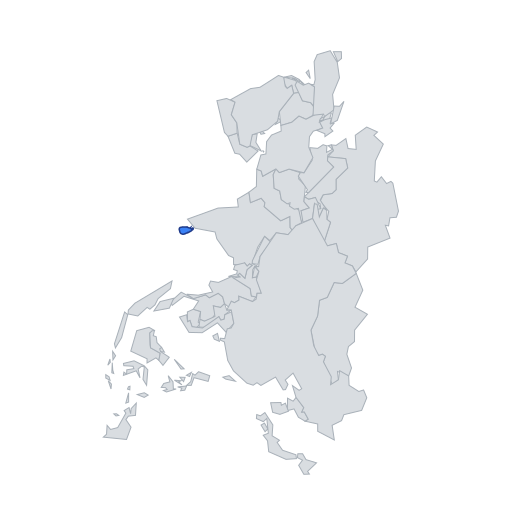 Sri Lanka on a map of Asia (Mercator projection), rotated 96°
{"feature_id": "LKA", "entity_name": "Sri Lanka", "entity_type": "country or territory", "adm_level": 0, "iso_a3": "LKA", "parent_name": "Asia", "parent_adm1": "", "projection": "mercator", "projection_center": [80.512, 7.881], "detail": "fine", "context": "in_parent", "style": "filled", "palette": "blue", "viewbox_px": 512, "rotation_deg": 96, "n_neighbors": 45, "source": "natural_earth", "source_scale": "50m", "svg_char_len": 13996}
<svg xmlns="http://www.w3.org/2000/svg" viewBox="0 0 512 512"><g transform="rotate(96 256 256)"><path d="M261.4,155.0L255.8,159.1L253.6,166.8L246.6,165.0L244.0,174.3L235.2,177.4L238.4,186.0L236.2,190.0L214.7,185.4L212.2,189.3L204.0,188.3L194.9,198.0L188.1,195.6L185.9,186.9L181.7,183.3L171.4,184.4L158.9,174.0L149.8,177.0L149.9,195.0L143.2,190.1L137.6,192.7L137.6,187.9L129.8,178.9L139.5,175.7L139.5,167.5L125.5,169.9L116.2,159.4L120.0,148.1L123.7,151.4L131.4,141.1L149.0,147.2L169.0,146.2L169.9,143.5L164.1,139.6L170.3,133.7L167.7,129.6L169.3,127.5L196.5,119.0L202.8,120.4L204.0,126.8L212.2,127.3L211.9,130.6L224.2,124.6L235.4,145.8L247.3,144.7L261.4,155.0Z" fill="#d9dde1" stroke="#a8b0b8" stroke-width="1"/><path d="M149.9,195.0L149.8,177.0L158.9,174.0L171.4,184.4L181.7,183.3L185.9,186.9L188.1,195.6L193.6,198.0L203.2,190.4L201.3,194.0L210.6,197.1L206.1,200.4L201.9,200.1L202.1,196.6L197.4,197.7L194.6,203.3L191.6,203.0L194.1,209.5L192.1,214.1L159.4,188.1L153.9,194.9L149.9,195.0Z" fill="#d9dde1" stroke="#a8b0b8" stroke-width="1"/><path d="M452.0,365.6L452.1,388.9L448.9,386.0L440.0,386.4L443.7,382.5L441.1,375.6L425.9,369.0L423.5,371.0L420.0,366.4L426.0,364.2L420.8,364.2L414.8,359.7L427.1,359.2L428.6,366.2L432.3,368.3L439.3,362.4L452.0,365.6ZM395.0,388.1L393.1,392.6L389.7,393.0L391.5,389.5L395.0,388.1ZM427.9,380.9L427.5,378.2L428.9,375.8L429.7,378.5L427.9,380.9ZM369.9,341.7L367.8,344.9L373.8,353.2L369.6,353.6L363.7,370.6L342.7,366.8L338.1,354.9L340.7,349.2L343.7,353.6L355.4,352.1L358.3,351.3L362.7,341.1L369.9,341.7ZM405.4,368.4L414.6,367.4L415.9,370.1L405.4,368.4ZM401.8,369.9L399.4,369.2L398.7,367.7L402.3,367.5L401.8,369.9ZM405.6,348.7L408.3,352.4L406.2,359.6L403.7,352.8L405.6,348.7ZM380.5,351.7L396.0,351.3L390.5,355.5L378.0,355.5L377.5,358.2L380.7,361.4L389.3,358.6L382.7,363.1L388.6,375.4L385.3,375.2L387.0,372.3L382.7,372.6L380.8,365.7L378.5,366.8L378.9,376.0L376.7,376.6L373.0,366.3L376.8,355.8L380.5,351.7ZM380.1,392.0L373.7,390.5L377.0,389.8L380.1,392.0ZM377.1,387.8L384.5,386.5L387.7,385.2L387.2,387.2L377.1,387.8ZM369.9,385.2L374.3,387.4L365.8,388.6L369.9,385.2ZM327.8,377.4L351.2,381.1L362.1,386.2L358.1,387.6L325.4,380.8L327.8,377.4ZM318.5,358.9L328.0,367.3L327.0,377.2L323.1,377.3L315.5,371.4L289.6,336.9L297.4,337.7L308.6,348.9L315.2,351.4L320.0,356.0L318.5,358.9Z" fill="#d9dde1" stroke="#a8b0b8" stroke-width="1"/><path d="M395.5,389.9L398.5,386.4L403.4,386.3L395.5,389.9Z" fill="#d9dde1" stroke="#a8b0b8" stroke-width="1"/><path d="M78.3,230.9L75.3,236.8L75.2,246.6L72.8,239.5L75.8,231.7L78.3,230.9Z" fill="#d9dde1" stroke="#a8b0b8" stroke-width="1"/><path d="M81.2,226.9L75.9,231.7L80.6,225.3L81.2,226.9Z" fill="#d9dde1" stroke="#a8b0b8" stroke-width="1"/><path d="M77.4,234.6L75.2,239.0L76.1,234.0L77.4,234.6Z" fill="#d9dde1" stroke="#a8b0b8" stroke-width="1"/><path d="M77.4,234.6L88.9,230.5L90.3,235.6L82.5,238.3L86.1,242.5L79.2,247.9L75.2,246.6L77.4,234.6Z" fill="#d9dde1" stroke="#a8b0b8" stroke-width="1"/><path d="M134.3,267.6L143.0,268.0L151.0,261.8L146.5,274.3L135.8,272.4L134.3,267.6Z" fill="#d9dde1" stroke="#a8b0b8" stroke-width="1"/><path d="M131.6,265.6L131.4,262.7L133.3,260.2L134.4,263.8L131.6,265.6Z" fill="#d9dde1" stroke="#a8b0b8" stroke-width="1"/><path d="M119.1,244.3L123.1,250.5L116.5,248.3L119.1,244.3Z" fill="#d9dde1" stroke="#a8b0b8" stroke-width="1"/><path d="M90.3,235.6L88.9,230.5L96.8,226.0L97.8,217.6L103.1,213.0L110.1,214.0L114.8,220.6L112.4,227.9L119.2,234.3L123.6,244.9L109.9,247.9L90.3,235.6Z" fill="#d9dde1" stroke="#a8b0b8" stroke-width="1"/><path d="M147.2,273.5L151.4,264.9L163.6,275.0L156.5,282.9L156.0,287.8L139.8,296.4L135.8,287.6L146.5,283.8L148.8,276.2L147.2,273.5ZM151.8,259.4L150.3,260.5L151.3,259.1L151.8,259.4Z" fill="#d9dde1" stroke="#a8b0b8" stroke-width="1"/><path d="M315.5,312.8L317.0,305.3L327.8,306.6L329.4,304.1L333.4,307.8L333.0,312.2L327.0,315.0L328.5,317.2L318.8,318.4L315.5,312.8Z" fill="#d9dde1" stroke="#a8b0b8" stroke-width="1"/><path d="M324.9,305.1L317.0,305.3L315.5,312.8L306.7,308.3L303.6,323.4L313.9,334.2L310.4,336.1L299.8,326.6L304.9,313.8L299.9,302.0L302.4,298.1L297.0,289.7L300.1,284.9L306.7,282.3L310.9,285.9L310.1,293.2L317.7,290.2L323.1,293.5L326.2,300.4L324.9,305.1Z" fill="#d9dde1" stroke="#a8b0b8" stroke-width="1"/><path d="M332.6,305.4L324.9,305.1L326.2,300.4L320.4,290.5L310.1,293.2L310.9,285.9L306.7,282.3L312.7,279.4L312.2,275.0L317.7,280.9L322.1,281.0L323.5,284.3L320.2,286.6L332.3,299.1L332.6,305.4Z" fill="#d9dde1" stroke="#a8b0b8" stroke-width="1"/><path d="M306.7,282.3L300.1,284.9L297.0,289.7L302.4,298.1L299.9,302.0L304.9,313.8L301.2,320.9L301.0,309.3L296.3,295.3L289.9,299.8L285.7,298.6L286.2,290.6L279.0,278.2L289.0,258.4L296.2,256.4L296.8,251.6L301.7,254.7L297.8,268.9L301.6,268.3L304.7,272.6L303.6,275.8L310.4,276.8L306.7,282.3Z" fill="#d9dde1" stroke="#a8b0b8" stroke-width="1"/><path d="M321.7,318.9L328.5,317.2L327.0,315.0L333.0,312.2L333.2,301.7L320.2,286.6L323.5,284.3L322.1,281.0L317.7,280.9L314.0,274.4L325.3,271.0L334.9,277.9L326.5,287.4L337.9,301.5L339.0,314.6L324.7,325.7L321.7,318.9Z" fill="#d9dde1" stroke="#a8b0b8" stroke-width="1"/><path d="M415.2,189.8L411.9,197.0L404.1,202.2L406.5,208.6L394.1,209.8L396.5,203.9L392.5,201.4L395.4,198.4L401.8,192.6L406.5,194.2L406.0,191.7L412.9,186.9L415.2,189.8Z" fill="#d9dde1" stroke="#a8b0b8" stroke-width="1"/><path d="M399.3,211.4L407.0,207.5L411.0,215.7L409.7,223.1L400.4,226.1L399.1,215.9L401.8,215.2L399.3,211.4Z" fill="#d9dde1" stroke="#a8b0b8" stroke-width="1"/><path d="M262.8,154.5L278.8,146.2L296.6,152.2L302.3,139.1L319.4,150.2L330.8,149.1L336.4,154.6L344.2,155.4L357.4,149.3L365.6,151.3L362.3,162.9L370.5,161.1L376.6,166.5L354.2,177.9L348.5,176.5L346.7,179.7L348.4,183.2L343.3,187.5L324.0,193.6L309.3,188.5L293.4,188.2L289.7,180.8L274.2,175.5L274.3,167.3L262.8,154.5Z" fill="#d9dde1" stroke="#a8b0b8" stroke-width="1"/><path d="M296.8,251.6L296.2,256.4L289.0,258.4L280.3,276.1L278.4,270.0L276.9,272.4L274.9,270.4L279.3,264.7L270.5,263.5L265.7,258.9L264.5,261.6L267.0,263.7L264.0,266.6L266.2,267.6L266.9,277.4L260.1,278.2L258.4,283.3L243.1,296.7L236.4,299.2L234.8,319.4L226.5,328.0L212.3,298.8L209.1,278.7L201.4,280.5L193.3,269.7L203.5,267.1L198.0,256.9L202.0,252.7L206.1,253.0L218.4,235.1L213.1,226.4L224.2,225.0L227.6,221.4L231.4,226.4L230.8,238.3L239.2,243.8L235.6,249.5L247.0,255.2L263.9,259.0L266.3,252.3L266.7,256.3L269.9,257.8L278.0,257.3L276.8,253.6L292.5,246.8L293.0,251.0L296.8,251.6Z" fill="#d9dde1" stroke="#a8b0b8" stroke-width="1"/><path d="M278.4,270.0L279.2,281.3L275.8,273.3L272.6,273.1L271.8,276.9L267.4,276.0L264.0,266.6L267.0,263.7L264.5,261.6L265.7,258.9L270.5,263.5L279.3,264.7L274.9,270.4L276.9,272.4L278.4,270.0Z" fill="#d9dde1" stroke="#a8b0b8" stroke-width="1"/><path d="M276.8,253.6L278.0,257.3L266.7,256.3L270.9,251.5L276.8,253.6Z" fill="#d9dde1" stroke="#a8b0b8" stroke-width="1"/><path d="M264.1,253.2L263.9,259.0L261.0,259.1L235.6,249.5L240.7,242.8L256.0,251.9L264.1,253.2Z" fill="#d9dde1" stroke="#a8b0b8" stroke-width="1"/><path d="M227.6,221.4L224.2,225.0L213.1,226.4L218.4,235.1L206.1,253.0L202.0,252.7L198.0,256.9L203.5,267.1L193.3,269.7L186.9,262.9L169.6,264.3L170.9,259.7L176.0,257.7L167.3,245.3L173.3,247.4L186.8,245.0L188.9,239.2L197.3,236.7L206.3,216.9L218.1,214.1L221.8,219.6L227.6,221.4Z" fill="#d9dde1" stroke="#a8b0b8" stroke-width="1"/><path d="M181.1,214.2L196.9,214.0L202.6,208.0L206.3,215.9L211.3,212.5L218.1,214.1L204.2,218.8L205.5,222.8L202.9,227.9L199.5,227.7L200.9,230.5L197.3,236.7L188.9,239.2L186.8,245.0L173.3,247.4L167.3,245.3L170.6,241.5L166.1,232.2L168.5,220.7L174.8,221.7L181.1,214.2Z" fill="#d9dde1" stroke="#a8b0b8" stroke-width="1"/><path d="M192.1,214.1L194.1,209.5L191.6,203.0L202.1,196.6L203.4,200.0L197.9,203.3L212.8,203.7L217.5,212.8L206.3,215.9L202.6,208.0L196.9,214.0L192.1,214.1Z" fill="#d9dde1" stroke="#a8b0b8" stroke-width="1"/><path d="M203.2,190.4L212.2,189.3L214.7,185.4L236.2,190.0L212.8,203.7L197.9,203.3L198.2,200.6L210.6,197.1L201.3,194.0L203.2,190.4Z" fill="#d9dde1" stroke="#a8b0b8" stroke-width="1"/><path d="M137.6,192.7L143.2,190.1L148.1,195.2L153.9,194.9L159.4,188.1L187.5,210.4L187.4,213.1L184.7,211.8L172.2,222.3L168.5,220.7L168.2,217.0L154.8,210.1L142.6,213.8L142.5,205.9L138.3,200.9L139.1,197.0L145.5,196.7L141.9,191.1L138.7,195.8L137.6,192.7Z" fill="#d9dde1" stroke="#a8b0b8" stroke-width="1"/><path d="M123.6,244.9L119.2,234.3L112.4,227.9L114.8,220.6L108.2,210.4L107.8,203.7L115.0,206.9L121.8,203.0L125.9,212.1L131.7,215.3L142.3,214.9L152.2,209.7L168.2,217.0L166.1,232.2L170.6,241.5L167.3,245.3L176.0,257.7L170.9,259.7L169.6,264.3L155.0,261.7L153.5,256.8L141.1,257.4L134.1,253.2L129.1,244.0L123.6,244.9Z" fill="#d9dde1" stroke="#a8b0b8" stroke-width="1"/><path d="M78.0,233.3L81.2,226.9L78.6,221.7L81.6,215.5L101.5,213.7L97.8,217.6L96.8,226.0L81.9,235.0L78.0,233.3Z" fill="#d9dde1" stroke="#a8b0b8" stroke-width="1"/><path d="M116.3,206.7L106.2,199.9L105.9,196.0L112.9,197.3L116.3,206.7Z" fill="#d9dde1" stroke="#a8b0b8" stroke-width="1"/><path d="M110.1,214.0L81.6,215.5L79.5,219.9L79.6,216.3L74.4,215.6L56.6,218.5L49.3,216.2L44.1,203.6L55.0,195.4L70.1,191.6L87.3,196.7L102.5,193.7L110.2,202.4L107.8,203.7L110.1,214.0ZM43.9,192.5L50.6,191.6L54.1,195.0L44.7,200.4L43.9,192.5Z" fill="#d9dde1" stroke="#a8b0b8" stroke-width="1"/><path d="M340.0,290.6L337.0,286.2L344.7,283.5L343.1,288.8L340.0,290.6ZM212.8,203.7L238.4,186.0L235.2,177.4L244.0,174.3L246.6,165.0L253.6,166.8L255.8,159.1L262.8,154.5L274.3,167.3L274.2,175.5L289.7,180.8L293.4,188.2L309.3,188.5L324.0,193.6L339.2,189.2L348.4,183.2L346.7,179.7L348.5,176.5L354.2,177.9L368.2,168.5L376.2,168.4L370.5,161.1L361.3,160.8L365.6,151.3L374.9,149.9L380.0,139.6L378.0,135.0L385.4,131.0L398.5,134.8L404.6,152.0L410.8,153.7L416.4,162.6L430.8,158.9L423.9,176.3L416.6,177.1L415.2,189.8L412.9,186.9L406.0,191.7L406.5,194.2L401.8,192.6L392.5,201.4L381.1,206.2L385.1,199.1L383.2,196.7L368.6,206.9L376.3,214.0L380.3,210.8L385.8,212.7L386.3,215.0L374.4,223.9L384.2,237.6L381.9,241.8L384.8,245.3L383.4,251.8L372.6,266.4L362.8,273.2L344.7,278.5L343.4,282.6L341.5,282.8L341.4,278.5L331.4,277.0L330.2,273.2L325.3,271.0L312.2,275.0L312.7,279.4L303.6,275.8L304.7,272.6L301.6,268.3L297.8,268.9L301.7,254.7L298.9,251.3L293.0,251.0L292.5,246.8L279.7,253.1L270.9,251.5L266.6,255.5L266.3,252.3L256.0,251.9L230.8,238.3L231.4,226.4L221.8,219.6L212.8,203.7Z" fill="#d9dde1" stroke="#a8b0b8" stroke-width="1"/><path d="M382.7,263.4L381.6,273.2L380.0,276.3L377.8,270.2L382.7,263.4Z" fill="#d9dde1" stroke="#a8b0b8" stroke-width="1"/><path d="M115.9,192.3L121.0,195.7L123.7,192.6L130.1,199.9L127.2,200.3L124.7,208.8L121.8,203.0L116.3,206.7L113.1,201.6L110.9,195.3L116.3,196.1L115.9,192.3ZM115.0,206.9L112.6,206.3L110.2,202.4L113.6,203.5L115.0,206.9Z" fill="#d9dde1" stroke="#a8b0b8" stroke-width="1"/><path d="M93.0,184.7L112.6,189.3L116.8,195.6L98.7,193.9L98.4,188.6L93.0,184.7Z" fill="#d9dde1" stroke="#a8b0b8" stroke-width="1"/><path d="M381.9,312.7L378.5,308.1L382.8,309.5L381.9,312.7ZM388.0,324.2L387.9,317.5L389.2,319.7L391.9,316.2L388.0,324.2ZM396.6,321.5L400.6,330.8L399.4,334.0L398.1,330.4L396.4,332.2L396.6,336.5L392.4,334.4L390.2,328.5L384.2,330.8L389.8,325.4L396.8,324.3L396.6,321.5ZM376.3,318.7L367.3,326.5L375.7,315.7L376.3,318.7ZM385.7,290.5L383.5,304.9L391.4,306.9L391.9,311.5L387.8,307.8L379.6,306.7L380.9,304.2L377.1,301.0L379.9,289.5L385.7,290.5ZM384.5,319.1L384.1,313.8L388.5,314.9L384.5,319.1ZM396.9,312.8L397.9,316.9L395.2,315.9L394.4,320.2L392.5,311.4L396.9,312.8Z" fill="#d9dde1" stroke="#a8b0b8" stroke-width="1"/><path d="M306.6,333.4L316.9,336.7L321.4,351.8L311.3,346.6L306.6,333.4ZM369.9,341.7L362.7,341.1L358.3,351.3L343.7,353.6L341.3,351.6L340.7,349.2L346.0,349.8L346.7,346.8L352.5,345.4L356.8,340.3L360.9,341.0L365.8,331.7L374.5,337.1L369.9,341.7Z" fill="#d9dde1" stroke="#a8b0b8" stroke-width="1"/><path d="M361.2,337.0L360.9,341.0L358.4,342.1L356.8,340.3L361.2,337.0Z" fill="#d9dde1" stroke="#a8b0b8" stroke-width="1"/><path d="M455.1,204.9L449.3,222.9L438.6,225.2L433.5,230.1L431.0,225.2L416.4,228.3L420.0,231.4L417.6,238.6L413.6,238.7L414.5,234.9L410.8,230.8L422.2,221.6L433.1,221.2L436.8,213.4L439.2,215.5L446.4,209.3L449.5,195.5L453.3,194.6L455.1,204.9ZM464.8,182.2L467.3,180.1L468.1,185.6L459.7,191.7L454.2,188.4L452.2,193.7L448.3,193.7L447.8,189.0L453.3,185.0L455.4,174.2L464.8,182.2ZM421.3,230.1L426.8,226.2L429.8,228.6L423.6,233.3L421.3,230.1Z" fill="#d9dde1" stroke="#a8b0b8" stroke-width="1"/><path d="M135.8,287.6L139.8,296.4L136.4,300.3L105.6,311.1L102.4,301.7L105.2,292.9L118.1,295.3L125.6,289.0L135.8,287.6Z" fill="#d9dde1" stroke="#a8b0b8" stroke-width="1"/><path d="M75.3,247.2L84.3,244.6L86.1,242.5L82.5,238.3L90.3,235.6L109.9,247.9L119.7,248.6L129.3,257.9L135.8,272.4L147.2,273.5L148.8,276.2L146.5,283.8L125.6,289.0L118.1,295.3L105.2,292.9L103.1,297.5L90.1,278.9L87.8,269.7L74.1,252.5L75.3,247.2Z" fill="#d9dde1" stroke="#a8b0b8" stroke-width="1"/><path d="M73.9,220.6L68.3,225.4L65.7,223.1L73.9,220.6Z" fill="#d9dde1" stroke="#a8b0b8" stroke-width="1"/><path d="M235.2,321.3L235.6,321.4L235.9,321.4L236.2,321.4L236.6,322.0L237.8,323.0L238.5,324.0L238.6,324.4L238.8,324.4L238.9,324.5L239.5,325.5L239.6,325.9L239.6,326.1L239.8,326.1L240.0,326.2L240.2,326.3L240.3,327.1L240.3,327.3L241.2,328.6L241.3,328.8L241.2,328.9L241.3,329.0L241.7,329.8L241.8,329.9L241.9,330.4L242.0,331.4L241.9,331.8L241.7,332.3L241.6,332.8L241.4,333.2L241.1,333.5L240.2,334.2L239.9,334.3L238.7,334.7L237.9,335.1L237.1,335.2L236.2,335.0L235.6,334.5L235.3,333.7L235.1,332.9L234.8,332.1L234.6,329.4L234.4,328.6L234.3,327.6L234.3,327.2L234.4,326.8L234.4,327.7L234.5,327.8L234.6,327.7L234.7,326.8L234.8,326.4L235.1,325.4L235.1,325.2L235.0,324.8L235.0,324.6L235.5,323.9L235.6,323.5L235.7,323.1L235.7,322.6L235.6,322.2L236.0,322.3L236.2,322.5L236.4,322.6L236.6,322.5L236.8,322.5L236.7,322.3L236.2,322.1L235.5,321.9L235.2,321.8L235.1,321.6L235.2,321.4L235.2,321.3ZM234.8,324.1L234.9,324.4L234.7,324.2L234.4,323.9L234.8,324.0L234.8,324.1ZM235.2,322.0L234.8,321.8L234.7,321.7L234.8,321.6L235.0,321.8L235.2,322.0Z" fill="#3b82f6" stroke="#1e3a8a" stroke-width="1.5"/></g></svg>